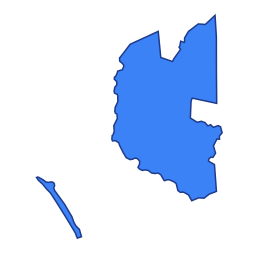 Hyde, North Carolina, United States of America (Albers equal-area conic projection), rotated 86°
{"feature_id": "52423323B51150866941712", "entity_name": "Hyde", "entity_type": "district", "adm_level": 2, "iso_a3": "USA", "parent_name": "United States of America", "parent_adm1": "North Carolina", "projection": "albers", "projection_center": [-76.165, 35.384], "detail": "fine", "context": "isolated", "style": "filled", "palette": "blue", "viewbox_px": 256, "rotation_deg": 86, "n_neighbors": 0, "source": "geoboundaries", "source_scale": "gbopen_adm2", "svg_char_len": 1895}
<svg xmlns="http://www.w3.org/2000/svg" viewBox="0 0 256 256"><g transform="rotate(86 128 128)"><path d="M21.7,33.3L30.1,43.7L29.1,50.6L35.9,61.0L42.2,65.3L46.1,65.6L46.3,65.7L46.3,65.8L46.4,66.0L46.5,66.1L45.1,69.4L49.9,70.6L50.5,71.2L50.8,71.3L51.2,71.4L51.5,71.2L53.1,70.0L62.1,77.4L64.8,79.0L59.9,90.4L33.7,91.1L44.6,120.0L54.4,128.6L57.6,131.6L60.8,131.6L63.3,129.0L64.9,128.0L66.5,128.0L69.5,129.7L70.5,134.3L73.2,135.3L75.9,136.9L76.2,137.9L78.3,138.3L81.0,136.0L82.4,136.0L84.3,136.3L86.4,138.3L90.2,139.3L92.3,139.0L93.7,136.3L95.6,136.0L101.0,136.3L106.4,139.3L110.4,140.0L112.3,139.6L113.4,138.0L117.7,138.0L124.7,142.0L130.3,142.0L133.6,143.3L134.4,144.3L138.2,144.9L139.8,144.3L139.8,141.3L142.2,138.2L144.5,137.7L151.8,134.7L157.4,131.9L159.7,128.1L159.4,125.4L158.7,123.8L158.7,121.8L159.7,120.3L162.0,118.7L165.1,119.1L167.9,120.8L169.0,120.1L170.5,118.3L171.3,116.5L171.0,113.7L171.7,110.9L174.5,107.6L175.3,104.6L175.0,101.1L177.0,98.5L182.8,95.7L183.1,94.8L182.4,92.5L182.5,90.5L184.8,86.1L185.9,84.8L186.9,83.8L193.9,82.6L195.8,80.3L195.8,77.6L196.2,76.5L199.0,72.3L205.0,69.5L202.6,62.4L203.3,57.0L199.7,51.7L197.4,44.2L170.5,44.3L166.7,50.0L164.3,49.4L162.8,47.2L163.3,45.4L159.3,42.4L151.8,44.0L145.1,40.0L145.6,37.5L142.4,37.4L139.3,34.4L133.3,35.6L131.9,37.9L133.3,42.9L130.5,45.3L131.4,48.2L127.9,50.9L126.4,54.5L127.1,58.6L122.4,65.1L105.5,63.2L102.7,61.9L109.6,37.8L77.0,35.8L43.6,33.5L22.0,33.3L21.7,33.3ZM233.2,182.0L225.6,183.6L223.8,185.3L221.8,186.9L219.1,188.2L217.5,188.8L212.7,190.1L199.6,196.6L195.7,199.0L192.4,201.1L185.0,205.7L182.2,206.2L180.5,205.2L178.0,205.5L176.7,207.0L176.4,208.9L176.7,211.2L176.1,213.7L173.9,216.1L170.9,220.6L170.6,221.6L171.0,222.7L173.8,221.1L178.3,216.9L182.9,213.7L187.4,209.9L195.1,205.6L212.5,196.3L224.6,190.1L229.4,187.7L232.3,186.9L234.3,186.2L233.2,182.0Z" fill="#3b82f6" stroke="#1e3a8a" stroke-width="1.5"/></g></svg>